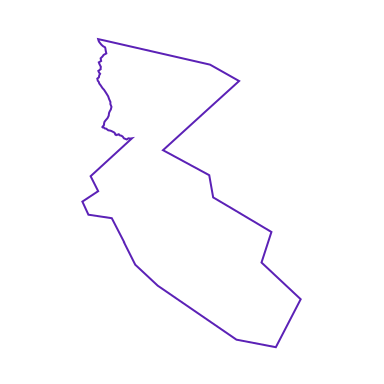 outline of Unggai/Benna District, Eastern Highlands, Papua New Guinea, rotated 108°
{"feature_id": "67681753B48115822979868", "entity_name": "Unggai/Benna District", "entity_type": "district", "adm_level": 2, "iso_a3": "PNG", "parent_name": "Papua New Guinea", "parent_adm1": "Eastern Highlands", "projection": "natural_earth1", "projection_center": [145.385, -6.1], "detail": "fine", "context": "isolated", "style": "outline", "palette": "violet", "viewbox_px": 384, "rotation_deg": 108, "n_neighbors": 0, "source": "geoboundaries", "source_scale": "gbopen_adm2", "svg_char_len": 1272}
<svg xmlns="http://www.w3.org/2000/svg" viewBox="0 0 384 384"><g transform="rotate(108 192 192)"><path d="M75.6,328.5L77.1,327.5L78.0,326.6L79.0,325.1L79.9,323.7L80.8,321.7L81.3,319.4L82.1,318.8L84.5,317.6L86.7,316.3L88.9,318.4L90.8,319.0L93.1,320.2L95.5,318.9L97.5,320.7L99.0,319.5L101.1,317.4L102.7,317.1L103.4,316.8L105.8,318.5L107.2,317.2L108.0,315.9L109.6,316.3L111.8,316.0L113.4,317.1L115.3,316.0L116.0,314.8L117.5,313.7L118.6,312.1L120.8,309.3L122.0,307.2L123.7,305.1L125.1,303.4L126.9,301.3L129.3,299.5L131.6,297.4L133.6,296.8L135.9,294.9L138.6,294.7L140.9,295.2L142.6,295.3L145.2,294.8L148.0,295.2L149.8,296.0L152.2,296.9L154.1,296.8L155.3,296.4L157.9,297.3L158.2,296.7L157.9,295.9L158.5,294.6L158.3,293.2L159.2,290.7L158.9,288.9L158.9,287.5L159.1,286.4L159.4,284.5L160.0,283.4L161.0,282.8L161.3,281.7L160.6,281.1L160.6,280.5L159.7,279.5L160.4,278.4L160.3,276.6L160.7,275.1L162.0,273.3L162.2,270.3L160.6,269.1L160.2,267.1L159.5,265.7L208.3,293.3L220.2,281.5L235.0,293.3L245.6,283.5L241.7,260.2L260.7,241.0L260.9,241.1L278.7,223.5L291.7,195.6L318.7,104.1L313.7,64.3L260.4,55.5L237.6,104.1L205.5,104.1L196.2,145.1L190.6,170.2L170.7,180.8L161.2,232.5L109.8,203.2L71.9,181.5L65.3,214.2L74.9,321.4L75.6,328.5Z" fill="none" stroke="#5b21b6" stroke-width="2"/></g></svg>